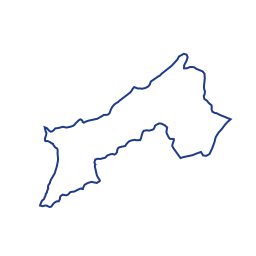 the border of Souss - Massa - Draâ, rotated 348°
{"feature_id": "MAR-1455", "entity_name": "Souss - Massa - Draâ", "entity_type": "Region", "adm_level": 1, "iso_a3": "MAR", "parent_name": "Morocco", "parent_adm1": "", "projection": "mercator", "projection_center": [-8.042, 30.523], "detail": "fine", "context": "isolated", "style": "outline", "palette": "blue", "viewbox_px": 256, "rotation_deg": 348, "n_neighbors": 0, "source": "natural_earth", "source_scale": "10m", "svg_char_len": 3084}
<svg xmlns="http://www.w3.org/2000/svg" viewBox="0 0 256 256"><g transform="rotate(348 128 128)"><path d="M230.2,140.8L226.4,142.9L223.3,145.2L219.3,148.7L215.5,151.4L211.9,155.2L209.4,160.2L206.1,165.4L202.3,170.4L198.7,171.5L195.7,170.4L194.4,166.6L189.8,167.2L185.5,168.0L181.0,168.0L175.6,168.0L173.1,168.3L168.3,157.4L167.6,155.1L167.9,153.6L170.3,149.6L170.5,148.4L169.1,147.9L167.0,147.5L166.0,146.0L164.9,141.9L164.7,140.1L165.8,137.0L166.4,135.6L164.4,132.9L161.6,130.7L159.6,130.0L156.6,130.7L154.9,131.4L153.7,133.5L152.5,134.6L150.7,134.9L148.0,134.9L145.6,134.1L142.8,134.0L141.3,135.5L139.8,138.2L138.7,140.5L137.4,142.4L133.6,141.7L132.3,141.0L130.9,141.0L129.7,140.8L126.5,141.2L124.6,142.3L123.0,143.5L121.6,145.0L115.8,145.0L114.1,145.6L113.0,147.2L112.2,149.3L110.9,150.6L109.3,151.2L107.3,150.1L105.0,150.1L102.1,150.6L99.6,152.3L94.3,152.5L92.1,151.8L89.5,152.0L88.6,153.5L88.0,154.7L88.1,156.0L88.6,157.0L87.7,158.0L87.5,159.1L87.6,160.3L87.7,167.8L88.3,170.2L89.3,172.5L89.5,173.8L88.6,174.4L87.4,174.7L86.1,175.3L81.1,173.1L77.3,173.4L73.8,174.5L72.2,176.4L71.2,178.3L70.4,178.2L69.8,177.4L68.7,177.4L65.5,178.1L63.6,178.7L61.6,179.0L59.8,178.7L58.1,178.8L55.5,180.7L53.7,181.0L51.9,180.4L50.3,179.6L48.0,180.5L47.1,181.7L46.6,183.4L45.0,185.3L43.1,184.9L41.2,185.5L39.4,186.4L36.7,188.9L35.0,189.0L33.6,188.1L32.7,187.2L31.7,186.8L30.8,186.6L28.2,186.7L25.8,185.5L27.7,182.6L28.6,181.4L29.3,180.9L30.7,180.3L31.3,179.7L32.2,178.3L33.1,177.1L33.5,176.4L33.7,175.6L33.9,175.3L35.2,174.3L35.3,174.1L35.6,173.2L37.1,170.9L37.4,170.5L37.4,169.6L37.7,168.6L38.0,167.8L38.4,167.2L40.1,165.6L40.4,165.1L40.6,164.4L42.1,162.3L46.8,157.2L50.5,150.6L52.8,145.1L53.2,143.6L53.8,138.2L54.5,135.4L54.6,134.6L54.4,133.4L54.0,132.9L53.4,132.5L52.8,131.9L52.4,131.1L51.5,129.0L51.2,127.6L50.9,127.4L50.5,127.4L50.1,127.2L49.7,126.9L49.1,125.8L46.5,124.0L45.7,123.9L44.9,123.8L44.3,123.2L44.4,121.5L45.2,120.0L46.1,118.5L46.8,117.1L47.1,116.1L47.1,115.6L47.0,115.2L46.7,114.8L46.7,114.6L46.8,114.3L46.8,113.7L46.7,110.0L48.7,111.4L50.2,114.1L51.5,115.5L53.3,115.5L55.3,114.4L56.7,113.3L60.4,113.5L64.6,113.3L68.0,114.8L72.1,114.8L74.9,114.4L76.4,113.7L77.9,112.4L81.7,110.1L83.1,109.6L84.1,110.3L84.8,111.3L85.0,112.8L85.7,113.5L86.6,113.4L88.6,112.9L91.3,112.6L99.8,112.6L104.9,111.0L107.0,110.2L110.0,110.7L111.7,110.6L113.3,109.3L114.9,106.6L116.9,104.2L119.3,102.3L121.8,101.1L123.6,100.7L125.0,99.7L137.4,93.8L139.5,92.1L140.7,90.6L141.8,89.9L142.5,89.3L144.0,90.2L145.3,91.2L147.5,91.7L149.8,92.5L153.2,92.5L156.4,91.6L158.4,90.0L160.0,87.3L168.1,83.9L169.9,83.5L172.2,81.9L183.5,76.3L190.6,71.3L192.6,68.7L198.0,67.0L200.5,68.4L201.1,71.1L199.3,74.3L196.0,78.3L195.2,81.2L196.7,81.7L198.6,81.8L201.3,81.2L203.2,81.6L205.4,82.4L207.1,84.3L212.7,88.1L214.1,90.8L213.4,95.5L210.8,103.6L210.6,106.2L210.9,108.3L209.8,111.3L208.8,112.3L208.7,113.7L208.8,115.7L209.9,116.6L211.1,118.0L211.7,119.5L213.0,121.4L214.4,123.0L214.3,125.1L213.6,126.9L213.9,129.5L216.0,131.3L217.8,132.0L220.7,134.4L224.6,137.0L230.2,140.8Z" fill="none" stroke="#1e3a8a" stroke-width="2"/></g></svg>